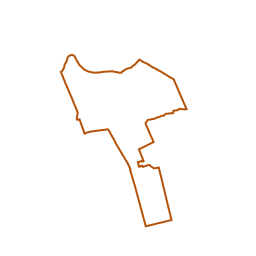 outline of Colibasi, Giurgiu, Romania, rotated 128°
{"feature_id": "2599482B40153006578740", "entity_name": "Colibasi", "entity_type": "district", "adm_level": 2, "iso_a3": "ROU", "parent_name": "Romania", "parent_adm1": "Giurgiu", "projection": "albers", "projection_center": [26.205, 44.233], "detail": "fine", "context": "isolated", "style": "outline", "palette": "amber", "viewbox_px": 256, "rotation_deg": 128, "n_neighbors": 0, "source": "geoboundaries", "source_scale": "gbopen_adm2", "svg_char_len": 5509}
<svg xmlns="http://www.w3.org/2000/svg" viewBox="0 0 256 256"><g transform="rotate(128 128 128)"><path d="M152.6,172.8L152.4,172.8L152.2,172.6L151.6,172.0L151.4,171.8L151.3,171.7L151.0,171.5L159.2,158.8L155.8,156.8L154.1,155.5L152.6,154.0L147.2,148.7L141.4,143.0L141.5,142.3L141.9,141.1L142.4,140.1L142.5,139.7L142.7,139.4L142.8,139.0L143.4,137.7L143.6,137.3L143.9,136.4L144.4,135.3L145.0,133.9L145.3,133.0L146.4,130.7L147.0,129.4L147.3,128.6L147.7,127.9L149.2,124.1L150.2,121.5L150.7,120.2L151.2,118.9L151.9,117.3L152.1,116.6L152.4,116.0L152.9,114.7L154.2,111.3L154.9,109.4L155.4,108.1L155.7,107.5L155.7,107.2L155.9,106.6L156.7,105.1L157.7,103.3L157.6,103.2L158.4,101.9L158.6,101.6L158.7,101.3L159.4,100.4L159.7,100.6L170.0,86.1L194.5,53.5L193.2,52.4L191.1,50.8L190.5,50.3L190.4,50.2L188.6,48.8L184.2,45.4L183.1,44.5L182.4,43.9L181.8,43.5L181.7,43.4L180.3,42.2L178.6,40.9L173.8,37.0L169.3,42.7L161.0,53.2L159.0,55.6L157.4,57.7L156.6,58.6L155.5,60.1L154.3,61.6L153.2,63.0L152.4,64.0L151.6,65.0L150.8,66.0L149.3,67.9L146.6,71.2L145.2,73.1L144.1,74.5L142.9,76.0L141.4,77.9L140.2,79.4L143.3,82.1L143.5,82.4L143.8,83.0L143.9,83.4L144.0,84.8L144.0,86.3L144.1,86.8L144.0,87.2L144.0,88.2L144.1,88.4L144.2,88.6L144.5,89.0L144.8,89.3L146.7,90.4L147.3,90.8L149.6,92.5L148.9,93.4L149.6,94.0L150.6,94.9L151.2,94.9L151.4,95.2L151.7,95.5L151.5,95.9L151.3,96.3L151.2,96.4L151.1,96.5L150.8,96.7L150.7,96.8L149.9,97.8L149.3,98.5L148.9,99.2L148.7,99.3L148.4,99.0L147.7,98.5L147.5,98.2L147.2,98.0L147.0,97.8L146.6,97.4L146.4,97.2L146.2,97.1L146.1,96.9L145.9,96.9L145.7,97.0L145.6,96.9L145.6,96.7L145.4,96.5L145.3,96.2L145.3,95.8L145.2,95.7L144.9,95.3L144.6,95.2L144.2,95.9L144.0,96.2L139.8,103.3L138.9,104.8L138.1,106.3L135.5,105.0L133.8,104.2L133.6,104.1L132.0,103.4L131.2,102.9L130.6,102.7L129.8,102.3L129.1,102.0L128.9,101.9L128.2,101.5L127.4,101.1L126.8,100.8L126.3,100.6L125.1,100.0L124.6,99.8L123.7,99.4L123.3,99.2L123.1,99.6L122.4,101.0L122.2,101.4L122.0,101.6L121.6,102.3L121.3,102.9L120.8,103.9L120.5,104.6L120.4,104.8L120.1,105.2L120.0,105.5L119.7,106.1L119.5,106.4L118.8,107.6L118.5,108.1L118.0,109.0L117.7,109.4L117.6,109.6L117.8,109.9L117.6,110.1L117.2,110.5L117.0,110.8L116.7,111.4L116.3,112.1L116.1,112.6L115.8,113.1L115.7,113.3L115.0,114.5L114.4,115.7L114.2,116.0L113.8,116.6L113.4,117.2L113.3,117.3L113.2,117.3L113.0,117.2L112.8,117.1L112.5,117.1L112.3,117.1L112.1,117.2L110.9,117.3L110.5,117.3L109.7,117.3L109.2,117.2L108.9,117.0L108.6,116.8L108.2,116.3L107.8,115.8L107.4,115.4L106.7,114.9L106.2,114.5L105.7,114.0L105.2,113.5L104.7,113.0L104.1,112.7L103.5,112.5L102.7,112.1L102.4,111.9L102.0,111.5L101.0,110.9L98.7,109.4L97.4,108.8L96.9,108.3L96.6,107.6L96.3,107.3L95.9,107.3L95.0,107.3L94.1,107.2L93.4,106.7L92.2,105.6L90.9,104.1L89.9,103.2L89.2,102.4L88.5,101.5L88.1,101.7L86.9,102.8L86.6,102.7L85.9,102.3L85.2,101.6L83.9,100.3L83.6,100.0L83.1,99.8L82.2,99.6L81.6,99.5L81.3,99.3L80.3,97.7L78.7,95.2L77.1,93.5L67.2,111.7L64.2,117.0L64.0,117.5L63.8,118.0L62.5,120.2L62.1,121.0L61.5,121.6L61.7,124.0L62.2,126.4L62.3,127.8L62.3,128.6L62.4,128.9L62.6,130.2L62.8,132.1L63.0,133.3L63.1,135.4L63.2,135.9L63.3,137.2L63.5,137.5L63.7,138.5L63.8,139.3L63.9,140.1L64.0,141.1L64.1,141.8L64.3,143.3L64.4,143.5L64.5,144.0L64.6,144.6L64.8,145.1L64.9,145.4L65.0,145.8L65.0,146.4L65.1,147.5L65.4,150.2L65.5,150.7L65.6,150.9L65.4,151.6L65.5,152.0L65.6,152.7L66.2,155.0L66.4,155.8L66.7,157.2L66.8,158.0L66.8,158.8L66.8,159.0L66.9,159.7L67.0,160.4L67.1,161.2L68.4,161.2L70.3,161.4L71.0,161.4L72.1,161.5L72.8,161.5L73.3,161.6L73.9,161.7L74.9,162.0L76.7,162.4L77.0,162.5L77.4,162.6L78.2,162.7L78.4,162.7L79.2,163.2L80.6,164.3L82.1,165.5L82.3,165.6L82.6,165.7L83.0,165.8L83.3,165.9L83.5,166.0L84.0,166.1L84.2,166.3L84.4,166.4L84.6,166.4L84.8,166.5L85.3,166.5L85.5,166.6L85.9,166.9L86.0,167.0L86.5,167.1L86.9,167.2L87.2,167.2L87.4,167.2L87.7,167.2L88.0,167.1L88.2,167.3L88.4,167.4L88.5,167.5L88.8,167.8L89.0,168.0L89.4,168.4L89.5,168.6L89.7,168.8L89.9,169.2L90.1,169.3L90.2,169.6L90.3,169.7L90.4,170.1L90.5,170.2L90.5,170.3L90.6,170.5L90.7,170.9L90.8,171.2L91.0,171.5L91.2,171.8L91.3,172.0L91.6,172.3L91.7,172.5L91.9,172.9L92.0,173.2L92.1,173.5L92.3,173.9L92.4,174.0L92.6,174.8L92.8,175.0L93.2,175.5L93.5,175.8L93.6,176.0L93.9,176.4L94.2,176.8L94.6,177.2L95.0,177.6L95.2,177.9L96.3,179.2L98.9,182.0L100.9,183.8L103.9,187.1L105.0,188.3L107.2,192.4L107.9,193.9L108.7,197.4L108.8,198.5L108.4,204.3L108.3,205.1L106.2,210.5L104.3,214.3L104.5,216.5L105.4,217.6L106.0,218.1L107.6,218.8L109.1,219.0L109.6,218.9L113.3,217.5L115.1,217.1L116.6,217.2L119.0,215.8L120.5,215.4L123.1,215.0L123.8,215.0L124.6,215.2L125.2,215.4L125.8,214.2L126.4,213.2L126.6,212.8L126.9,212.4L127.2,211.8L127.5,211.3L127.5,211.2L127.8,210.7L128.4,209.9L128.5,209.6L128.6,209.4L129.0,208.7L129.5,207.8L129.6,207.6L129.8,207.2L129.9,206.9L130.1,206.7L130.3,206.5L130.5,206.3L130.6,206.2L131.8,203.8L132.4,202.9L132.9,201.9L133.3,201.2L133.3,200.9L134.0,199.8L134.5,198.9L134.6,198.7L135.1,197.9L135.7,196.7L136.2,195.9L136.8,194.8L137.2,194.0L137.4,193.8L137.5,193.5L137.7,193.2L137.8,192.9L138.0,192.5L138.4,191.8L138.8,191.0L139.2,190.4L139.1,190.5L139.5,189.8L140.2,188.7L140.4,188.4L140.6,188.0L140.7,187.8L141.0,187.3L141.3,186.8L142.4,184.9L142.9,184.1L143.9,182.1L144.0,181.9L144.8,180.5L145.2,179.8L145.6,179.3L145.9,178.7L146.1,178.3L146.6,177.5L146.8,177.2L147.1,176.9L148.1,176.4L150.1,175.4L150.8,174.9L151.4,174.6L151.9,174.3L152.1,174.2L152.5,173.7L152.7,173.4L152.7,173.1L152.6,172.9L152.6,172.8Z" fill="none" stroke="#b45309" stroke-width="2"/></g></svg>